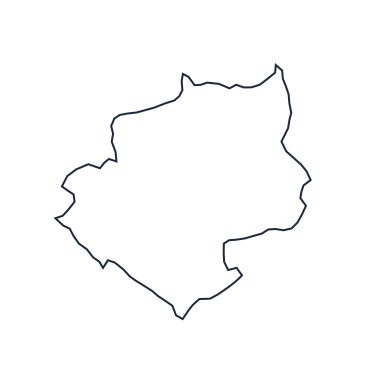 Itaquaquecetuba, São Paulo, Brazil (orthographic projection), rotated 334°
{"feature_id": "56859067B72573583374098", "entity_name": "Itaquaquecetuba", "entity_type": "district", "adm_level": 2, "iso_a3": "BRA", "parent_name": "Brazil", "parent_adm1": "São Paulo", "projection": "orthographic", "projection_center": [-46.334, -23.463], "detail": "fine", "context": "isolated", "style": "outline", "palette": "slate", "viewbox_px": 384, "rotation_deg": 334, "n_neighbors": 0, "source": "geoboundaries", "source_scale": "gbopen_adm2", "svg_char_len": 1404}
<svg xmlns="http://www.w3.org/2000/svg" viewBox="0 0 384 384"><g transform="rotate(334 192 192)"><path d="M131.8,125.9L125.8,127.3L119.7,130.3L111.0,121.6L98.0,120.9L86.9,123.0L77.5,130.0L81.1,136.6L84.5,142.2L82.2,149.3L73.0,153.7L65.3,156.7L57.7,155.7L61.6,165.8L66.0,171.3L66.3,180.1L67.8,189.0L72.4,197.4L74.5,207.6L78.1,213.9L78.8,221.2L86.5,216.5L91.6,221.5L96.3,231.3L99.2,240.9L102.8,247.4L108.4,256.3L112.7,263.3L115.7,270.3L120.2,278.0L124.5,285.7L123.6,295.8L127.9,302.1L136.9,296.9L143.1,293.9L151.7,291.4L161.4,295.8L170.5,295.4L182.3,293.6L192.4,291.5L200.4,288.9L198.8,279.7L190.3,278.0L190.3,268.8L193.4,261.4L198.0,252.3L204.2,251.6L211.2,254.4L219.6,257.0L229.0,258.6L236.6,260.0L244.1,259.1L250.7,261.8L257.5,266.5L265.5,268.4L273.2,265.8L281.0,260.4L288.4,254.4L286.7,245.0L290.7,239.4L295.1,235.0L303.9,233.2L304.1,224.0L302.2,215.6L298.4,206.2L294.5,196.6L294.5,185.9L306.3,176.8L311.5,169.5L315.9,164.4L318.3,155.3L321.7,146.4L322.8,137.3L323.3,130.0L326.3,122.3L323.0,114.6L319.0,121.2L309.9,123.3L299.9,125.3L291.3,124.0L284.4,120.7L278.7,115.0L271.2,115.3L263.6,106.6L253.5,100.3L246.8,99.5L241.1,97.1L239.4,87.2L235.6,81.9L231.3,87.8L228.0,96.3L222.6,100.3L216.2,102.0L207.0,100.6L195.0,99.6L186.4,98.0L177.2,96.3L168.2,93.1L160.8,91.1L154.4,91.9L148.3,97.3L146.6,105.0L141.9,111.6L140.9,122.3L137.5,131.4L131.8,125.9Z" fill="none" stroke="#1e293b" stroke-width="2"/></g></svg>